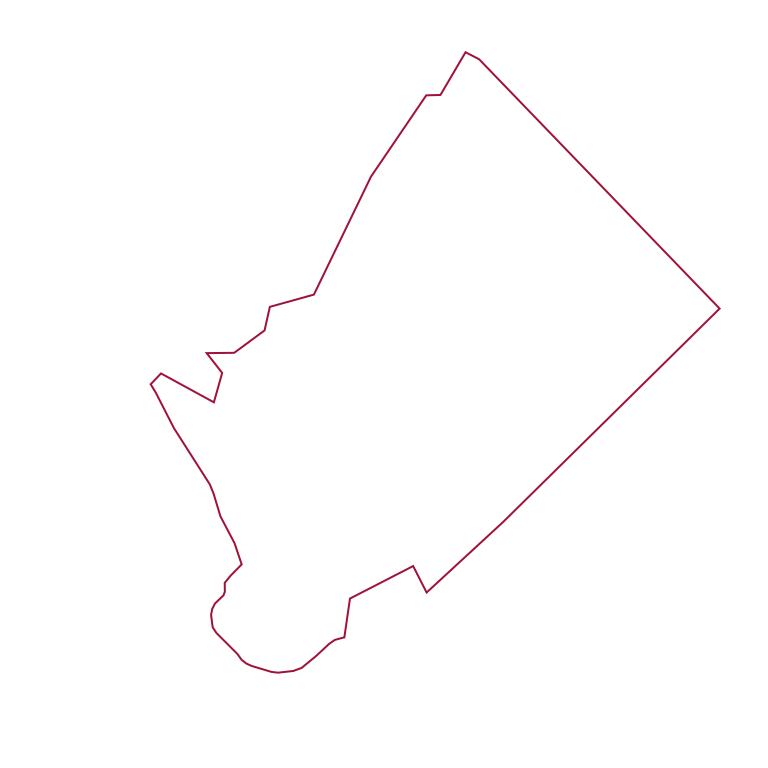 outline of Carlisle, Kentucky, United States of America, rotated 316°
{"feature_id": "52423323B12449706455723", "entity_name": "Carlisle", "entity_type": "district", "adm_level": 2, "iso_a3": "USA", "parent_name": "United States of America", "parent_adm1": "Kentucky", "projection": "natural_earth1", "projection_center": [-89.084, 36.863], "detail": "fine", "context": "isolated", "style": "outline", "palette": "rose", "viewbox_px": 768, "rotation_deg": 316, "n_neighbors": 0, "source": "geoboundaries", "source_scale": "gbopen_adm2", "svg_char_len": 769}
<svg xmlns="http://www.w3.org/2000/svg" viewBox="0 0 768 768"><g transform="rotate(316 384 384)"><path d="M673.1,202.0L625.4,215.3L614.9,205.7L518.7,225.8L395.7,271.0L355.5,249.2L335.3,262.5L297.9,257.5L277.9,238.6L275.3,263.6L248.9,279.0L230.9,221.5L216.0,222.1L213.8,231.8L202.2,269.9L189.0,335.1L185.4,344.2L174.4,365.6L165.9,394.7L156.3,414.9L140.7,415.3L131.3,416.4L125.2,422.9L121.7,424.5L109.9,424.5L104.2,426.5L99.3,429.9L93.3,437.9L91.7,440.3L90.5,446.7L91.0,476.3L90.0,483.5L90.8,489.5L92.9,494.8L96.7,501.6L103.1,513.0L107.3,518.1L119.4,527.4L127.5,531.0L146.2,532.5L163.9,532.8L170.8,533.9L179.4,538.6L179.5,538.7L210.5,514.7L278.5,535.2L269.8,563.6L374.2,566.0L677.8,562.9L678.0,216.4L673.1,202.0Z" fill="none" stroke="#9f1239" stroke-width="2"/></g></svg>